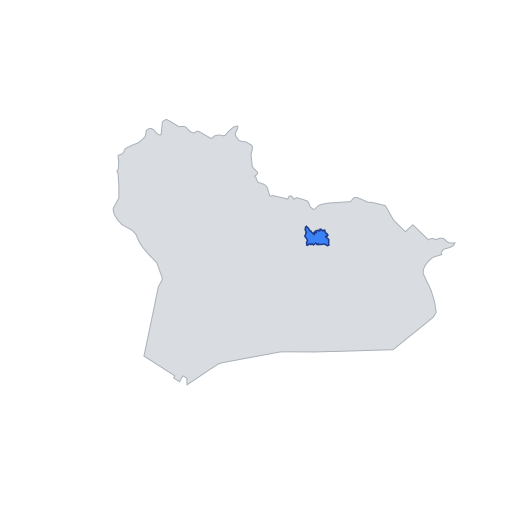 location of Al-Namaniya, Wasit, Iraq, rotated 315°
{"feature_id": "34846034B89044527210900", "entity_name": "Al-Namaniya", "entity_type": "district", "adm_level": 2, "iso_a3": "IRQ", "parent_name": "Iraq", "parent_adm1": "Wasit", "projection": "equal_earth", "projection_center": [45.52, 32.446], "detail": "fine", "context": "in_parent", "style": "filled", "palette": "blue", "viewbox_px": 512, "rotation_deg": 315, "n_neighbors": 0, "source": "geoboundaries", "source_scale": "gbopen_adm2", "svg_char_len": 4639}
<svg xmlns="http://www.w3.org/2000/svg" viewBox="0 0 512 512"><g transform="rotate(315 256 256)"><path d="M217.4,97.8L220.3,97.0L225.8,92.2L229.0,87.8L230.0,87.4L232.8,88.9L234.8,89.3L239.5,87.6L242.3,88.5L244.6,89.6L245.9,89.7L252.1,92.4L253.7,92.8L256.9,93.1L261.7,93.3L264.8,91.5L267.0,89.7L268.5,89.8L270.0,90.2L271.3,90.9L272.3,92.2L272.8,94.1L272.6,100.1L273.0,101.6L273.9,102.8L275.0,103.0L276.3,101.7L278.6,99.8L281.4,97.7L283.5,95.8L284.7,95.1L286.6,95.2L288.4,95.6L289.5,96.5L289.5,96.8L290.4,99.6L292.9,110.0L294.3,111.4L295.9,112.5L297.0,114.0L297.5,115.6L297.3,118.0L297.4,120.9L298.0,123.0L298.9,124.7L299.8,125.5L301.1,125.6L302.6,126.0L303.7,127.6L306.9,139.6L307.3,141.2L308.7,141.7L310.9,141.5L313.3,142.7L315.8,144.7L318.2,148.3L319.8,148.9L324.7,148.4L331.6,149.0L334.8,150.9L334.4,152.0L332.0,153.3L327.6,154.9L326.4,157.5L325.7,160.8L325.8,162.7L326.9,164.8L329.9,168.9L330.1,170.4L330.7,172.5L331.2,173.9L330.6,176.7L327.8,178.6L324.2,180.7L316.8,189.9L316.3,191.9L316.3,197.4L315.6,198.9L313.3,198.9L311.5,198.6L311.4,200.6L310.2,203.1L309.5,205.3L312.2,210.6L312.7,213.4L312.3,215.9L309.8,220.3L308.3,223.3L308.7,223.9L310.6,225.1L316.7,234.8L318.7,238.2L321.3,237.3L322.2,237.3L323.0,237.9L323.5,239.0L323.5,240.5L322.8,242.6L326.1,243.5L327.3,245.7L331.2,253.3L331.0,255.5L329.2,259.1L329.2,261.5L329.6,263.6L330.2,264.3L335.9,264.6L338.3,265.5L344.2,269.4L350.9,275.3L356.5,280.2L361.2,284.4L366.2,284.0L367.6,284.8L368.8,286.1L370.3,289.5L373.2,297.2L375.7,299.8L379.5,306.0L383.1,311.8L380.9,319.7L378.6,328.0L378.7,338.6L378.8,344.4L383.6,344.6L389.0,344.9L389.1,351.7L389.2,358.6L389.3,366.5L390.9,366.8L393.4,368.5L394.5,371.1L395.9,372.4L397.6,372.7L399.2,373.9L400.8,376.2L401.4,377.9L401.0,379.1L401.3,381.2L402.5,384.2L403.9,385.6L406.0,387.3L403.1,388.3L400.0,387.5L393.4,384.0L391.3,383.9L388.5,385.3L388.4,386.4L381.4,382.6L378.8,381.8L377.9,381.7L373.9,381.7L368.2,382.4L364.9,384.0L362.6,385.7L361.5,387.3L361.2,388.2L359.4,393.1L357.3,399.3L355.1,404.9L350.9,412.8L348.6,416.4L343.6,423.2L338.1,424.6L325.4,423.3L311.4,421.8L297.4,420.3L287.0,419.2L286.2,418.8L276.0,409.1L267.9,401.5L257.8,392.0L247.5,382.3L237.1,372.4L229.6,365.3L220.5,356.1L212.2,347.7L205.6,341.2L197.2,335.4L190.6,330.9L181.1,324.4L173.5,319.1L167.0,314.7L156.9,307.8L153.6,305.9L143.2,303.6L133.2,301.7L123.0,299.7L116.1,298.3L120.8,293.4L119.5,289.1L116.2,289.9L113.1,290.9L111.5,284.1L113.8,283.3L111.9,274.4L109.9,265.3L108.0,256.5L106.0,247.5L114.8,241.8L121.4,237.5L130.5,231.5L139.4,225.7L147.8,220.2L157.0,214.1L165.2,208.7L172.7,206.5L174.4,204.8L177.9,197.4L180.9,191.1L181.1,189.6L181.2,180.7L181.9,170.3L183.0,164.7L184.7,159.8L186.3,156.2L186.5,152.8L186.4,149.4L184.9,144.2L183.4,138.9L183.6,133.7L184.0,131.0L185.1,126.6L186.9,123.3L188.8,121.3L195.9,119.3L200.0,118.1L205.7,112.4L209.0,109.0L213.7,103.6L217.1,99.7L217.4,98.3L217.4,97.8Z" fill="#d9dde1" stroke="#a8b0b8" stroke-width="1"/><path d="M315.2,299.8L316.1,298.7L317.1,297.5L317.6,297.4L318.1,296.8L318.5,296.1L319.0,295.9L319.1,295.5L319.1,294.5L318.7,292.9L319.0,291.5L319.5,291.5L319.8,291.9L320.4,292.4L321.2,291.8L321.6,292.0L321.7,291.3L322.0,290.3L321.6,289.4L321.6,288.7L321.9,288.2L322.7,286.5L322.9,286.3L322.8,286.1L322.6,286.0L322.0,285.7L321.5,285.9L321.4,285.9L321.0,284.9L321.0,284.1L320.9,283.6L320.8,283.1L320.8,282.9L320.2,282.3L319.3,283.3L318.8,283.4L318.2,282.7L318.2,281.7L317.8,281.4L317.6,281.5L317.0,281.1L316.3,280.5L315.7,280.7L315.5,281.2L315.2,282.0L314.0,281.5L314.1,280.5L313.0,281.4L312.4,282.0L312.1,281.3L312.3,280.7L312.6,280.2L312.2,279.6L312.1,278.1L312.5,277.3L312.1,276.7L312.0,275.8L312.3,275.2L312.2,274.4L312.7,273.6L312.6,271.6L312.6,270.6L311.9,270.6L311.4,270.6L311.2,271.0L310.8,271.3L310.6,271.5L309.9,271.6L309.0,272.7L308.8,273.7L308.8,274.2L308.5,274.9L307.5,274.9L307.0,275.4L306.0,276.0L305.5,276.3L304.9,276.2L304.3,277.1L304.1,279.6L303.3,281.6L302.8,281.7L301.5,282.1L301.2,282.2L299.6,284.3L299.6,284.5L299.7,284.8L300.0,284.8L300.8,284.9L301.5,285.0L302.4,285.0L302.5,285.2L302.5,285.6L302.5,286.2L302.6,286.5L303.0,286.8L303.8,286.9L304.3,286.9L304.3,287.2L304.3,287.5L304.4,288.1L304.4,288.8L304.6,288.8L304.9,288.8L305.4,288.9L306.5,288.9L307.2,288.9L307.2,289.2L307.2,289.7L307.2,291.1L307.4,291.1L307.7,291.1L308.3,291.1L308.7,291.1L308.7,291.4L308.6,291.7L308.4,292.3L308.7,292.5L309.1,292.9L309.4,293.2L309.7,293.4L310.2,293.8L310.6,294.2L310.8,294.3L311.5,294.9L312.2,295.4L312.9,295.9L313.0,296.2L313.1,296.7L313.2,297.2L313.5,298.3L313.6,298.5L313.7,299.1L313.9,299.1L314.2,299.3L314.4,299.4L314.9,299.6L315.2,299.8Z" fill="#3b82f6" stroke="#1e3a8a" stroke-width="1.5"/></g></svg>